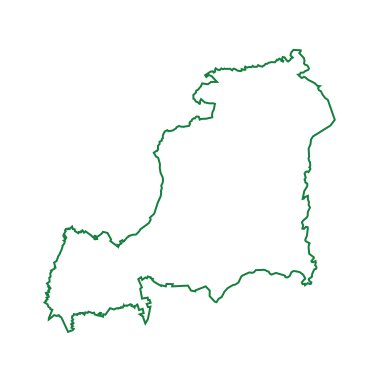 Ixhuatlán del Café, Veracruz, Mexico (orthographic projection), rotated 97°
{"feature_id": "50627088B43225936965135", "entity_name": "Ixhuatlán del Café", "entity_type": "district", "adm_level": 2, "iso_a3": "MEX", "parent_name": "Mexico", "parent_adm1": "Veracruz", "projection": "orthographic", "projection_center": [-96.933, 19.027], "detail": "fine", "context": "isolated", "style": "outline", "palette": "green", "viewbox_px": 384, "rotation_deg": 97, "n_neighbors": 0, "source": "geoboundaries", "source_scale": "gbopen_adm2", "svg_char_len": 5938}
<svg xmlns="http://www.w3.org/2000/svg" viewBox="0 0 384 384"><g transform="rotate(97 192 192)"><path d="M336.0,318.6L331.0,313.7L331.5,311.1L330.6,309.7L330.7,308.7L331.4,308.7L332.3,306.6L333.0,306.0L345.9,298.0L343.7,293.6L342.3,292.7L341.4,295.1L339.8,294.7L339.6,294.2L339.2,294.9L338.6,294.6L337.8,295.8L336.8,294.9L337.3,294.2L336.6,293.6L334.6,295.6L333.2,294.4L332.1,295.6L329.9,295.8L329.0,294.5L327.6,294.3L328.0,290.9L327.0,290.9L326.5,288.4L325.8,288.7L325.3,285.5L325.6,284.6L326.3,284.9L326.9,283.8L324.5,283.2L324.6,280.8L323.4,280.1L324.3,276.1L323.7,274.4L325.4,273.7L326.1,269.7L324.4,269.8L324.3,269.4L323.1,268.7L323.2,267.6L326.1,267.6L326.6,265.2L324.1,265.1L324.4,263.0L317.3,259.2L318.1,255.2L316.7,252.9L316.2,250.9L316.5,250.9L315.6,248.3L315.0,248.3L315.2,246.7L313.0,246.0L313.5,245.8L312.6,243.3L313.0,242.7L310.9,239.5L311.4,238.0L312.4,238.3L312.8,237.4L312.6,236.4L313.8,234.9L312.0,234.7L311.3,232.8L310.5,232.9L310.3,232.5L315.6,230.1L314.0,226.7L318.1,225.2L319.8,228.9L321.7,225.1L322.9,225.0L328.2,222.3L323.6,220.3L310.9,219.3L311.7,221.6L308.7,223.3L307.0,219.6L304.3,220.9L304.8,222.3L302.2,223.1L303.9,228.6L294.2,231.6L292.8,230.1L285.1,234.7L282.8,232.2L285.3,230.8L282.5,227.8L283.1,226.2L281.2,225.5L281.8,222.5L282.6,222.5L283.0,220.3L284.0,220.8L285.7,218.8L289.0,211.2L288.3,211.0L288.9,206.5L286.4,206.1L285.8,199.9L288.1,200.2L285.4,184.6L290.0,180.9L290.2,176.6L289.2,176.6L284.0,166.9L287.7,162.4L293.2,161.8L298.0,156.1L298.4,154.3L294.7,152.5L292.6,149.7L287.1,147.7L283.1,144.9L279.3,139.9L278.6,137.7L276.1,134.8L270.2,132.9L269.0,132.1L264.9,125.4L264.8,122.0L263.9,120.6L261.8,119.2L260.4,110.7L261.9,106.0L263.5,104.9L264.3,103.1L262.1,98.8L263.4,90.9L263.8,89.5L265.2,88.9L265.1,86.7L263.5,84.8L259.6,83.5L258.5,82.4L258.0,80.9L258.2,76.9L258.5,75.1L260.5,71.6L263.8,69.2L264.9,69.4L265.1,69.9L268.3,72.0L270.0,71.0L269.3,68.9L270.7,68.5L268.3,65.9L269.0,64.0L268.5,62.7L267.2,62.5L266.0,64.6L264.5,65.5L263.8,65.3L261.7,62.7L258.4,62.7L253.9,61.2L253.1,59.5L252.1,59.2L250.9,59.6L249.6,60.9L247.4,60.5L245.5,61.0L247.0,63.1L246.7,64.8L246.1,65.1L242.9,63.0L241.9,63.2L239.1,68.1L232.4,69.6L229.9,69.5L228.6,69.0L227.0,73.0L225.9,73.8L221.2,72.6L213.8,72.6L212.8,73.0L212.7,74.7L215.0,76.5L214.9,78.0L211.6,77.6L208.8,79.2L206.9,78.3L203.1,74.8L201.4,74.3L197.7,74.6L193.0,73.0L190.6,74.7L187.7,74.7L185.2,76.1L181.7,76.5L183.1,79.1L185.0,80.3L185.4,81.3L177.4,80.7L172.1,78.3L169.7,78.6L168.7,80.7L167.2,80.9L166.1,81.8L163.9,80.9L160.0,82.5L158.0,81.5L157.6,80.0L158.1,78.8L154.7,77.3L153.7,77.7L153.2,78.5L151.7,77.8L148.1,78.5L146.7,79.7L144.4,80.4L142.6,80.1L134.7,81.5L130.0,80.2L125.6,80.3L122.1,78.7L109.1,62.6L102.9,59.1L84.0,68.4L82.4,71.4L79.5,74.2L76.3,76.3L75.4,78.5L73.5,79.5L72.5,79.2L71.4,78.1L71.4,80.3L69.0,83.5L66.6,90.1L64.2,94.1L64.1,94.9L65.5,96.8L65.4,97.3L62.6,100.9L62.2,99.4L60.3,98.6L59.9,95.9L58.3,94.5L56.5,91.4L55.3,91.0L53.1,92.2L52.2,93.4L51.8,95.5L50.7,96.5L48.0,96.3L45.5,97.2L41.1,102.4L39.0,101.3L38.8,101.7L38.1,101.6L38.6,108.7L41.4,110.5L43.6,110.9L44.6,110.7L46.3,108.4L47.4,110.0L49.1,110.8L50.8,112.5L49.7,114.2L47.1,116.5L47.0,118.4L50.0,119.0L50.6,117.4L51.5,117.6L51.0,119.3L49.9,119.8L49.0,121.5L50.7,122.9L50.3,123.7L53.1,125.4L53.4,128.8L54.3,131.6L55.6,132.9L55.8,134.6L57.5,135.6L58.0,136.7L59.0,137.4L58.7,140.2L58.0,141.8L59.6,142.6L59.9,143.2L60.2,146.0L59.4,147.1L60.9,148.2L60.9,150.4L61.8,152.5L61.1,154.4L61.8,154.6L64.1,154.0L64.4,154.8L64.0,157.7L65.5,157.5L66.1,158.4L66.0,161.5L64.5,164.7L64.6,165.9L66.3,167.0L65.1,169.2L65.8,174.1L65.5,174.8L66.4,176.2L65.8,178.0L67.6,179.4L67.6,181.0L66.4,183.6L67.9,184.0L69.3,183.7L70.4,184.2L70.8,185.0L69.7,186.0L70.3,188.3L74.5,193.2L76.1,191.8L73.8,189.7L74.7,186.5L79.7,180.6L80.4,186.5L83.1,189.3L83.0,195.2L86.1,196.1L89.9,198.6L90.8,200.1L92.8,200.2L95.6,202.5L99.3,201.9L99.5,201.0L101.9,199.0L102.0,197.5L103.6,195.3L103.4,194.9L100.5,195.0L98.7,194.3L101.5,190.3L101.9,185.5L101.4,181.8L101.7,180.0L107.6,180.4L110.2,181.4L112.6,181.5L115.4,181.0L117.5,186.7L118.3,191.7L119.2,193.1L116.5,194.4L116.5,196.8L118.7,198.2L118.6,199.2L120.1,200.8L121.7,201.1L122.4,202.4L123.9,202.9L124.6,202.3L126.7,203.0L128.4,208.6L128.4,211.8L128.0,212.9L129.7,215.3L130.7,215.5L133.4,218.8L134.5,223.0L133.7,223.9L134.6,225.8L136.4,227.0L139.6,227.8L142.2,227.5L143.0,228.4L144.8,228.3L146.0,230.3L148.2,230.0L150.5,231.5L154.1,230.8L154.8,231.6L155.8,231.9L155.9,232.8L157.7,234.7L161.2,232.0L162.2,229.7L168.3,227.2L172.2,226.9L176.9,225.5L181.1,222.9L183.5,222.2L186.8,222.3L189.4,223.3L191.8,222.4L195.0,223.0L195.8,222.6L198.2,222.5L200.2,222.6L206.8,224.7L218.1,226.8L222.6,230.6L224.5,229.6L228.2,231.1L235.2,238.6L237.7,239.8L241.0,242.3L241.7,245.7L243.5,249.6L244.0,249.6L245.2,251.0L249.0,253.4L249.7,254.3L248.7,254.5L248.3,255.1L249.8,257.4L251.8,255.9L253.6,258.4L254.1,258.0L254.9,258.3L254.3,259.1L255.3,258.9L250.6,267.1L249.0,266.5L242.9,270.9L242.4,275.5L244.4,276.6L248.4,280.9L250.2,280.4L250.8,282.8L250.5,283.2L247.3,282.5L247.3,283.0L249.0,284.6L246.9,287.6L244.0,293.0L245.5,294.2L243.4,296.1L244.3,297.2L245.0,297.0L245.6,297.4L245.4,299.4L246.7,299.7L246.5,300.3L245.1,303.4L243.3,303.9L243.3,305.7L240.9,306.8L243.7,309.0L244.0,310.5L243.4,310.4L244.0,312.5L245.6,313.4L246.4,312.6L249.7,314.2L250.2,313.4L251.3,314.3L252.8,313.2L251.3,312.4L252.4,311.3L254.6,312.0L255.9,313.4L256.5,312.2L258.8,312.5L261.3,314.1L261.9,313.8L264.5,314.3L269.8,315.8L271.9,316.9L277.0,318.0L278.9,320.3L283.5,318.4L283.6,319.1L284.8,319.0L287.2,322.4L288.1,321.7L290.0,322.8L292.8,322.1L293.6,322.2L294.4,323.2L298.3,322.4L300.4,324.8L304.7,320.8L305.0,321.1L304.5,322.5L306.1,321.5L306.9,321.8L307.3,322.6L308.6,321.7L310.0,324.7L311.8,323.5L311.0,322.6L313.4,321.4L314.6,323.5L316.0,322.3L317.4,323.8L317.9,323.4L319.6,324.9L321.1,321.7L323.5,320.5L324.5,318.5L325.6,318.2L325.9,316.3L334.6,318.7L336.0,318.6Z" fill="none" stroke="#15803d" stroke-width="2"/></g></svg>